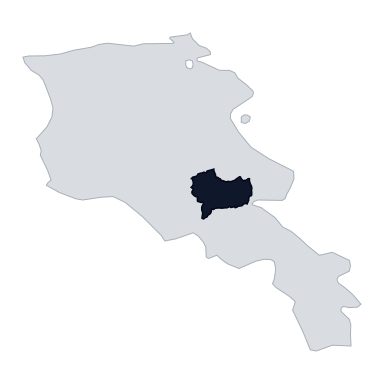 Martuni, Gegharkunik, Armenia shown in context
{"feature_id": "60910142B24861736009361", "entity_name": "Martuni", "entity_type": "district", "adm_level": 2, "iso_a3": "ARM", "parent_name": "Armenia", "parent_adm1": "Gegharkunik", "projection": "robinson", "projection_center": [45.353, 40.06], "detail": "fine", "context": "in_parent", "style": "filled", "palette": "ink", "viewbox_px": 384, "rotation_deg": 0, "n_neighbors": 0, "source": "geoboundaries", "source_scale": "gbopen_adm2", "svg_char_len": 5535}
<svg xmlns="http://www.w3.org/2000/svg" viewBox="0 0 384 384"><path d="M164.8,241.0L161.1,235.3L142.5,216.7L125.2,202.4L113.3,196.6L101.3,197.2L82.7,200.0L75.9,198.8L59.8,192.7L46.3,185.3L48.2,182.3L51.1,180.1L47.7,170.6L40.3,155.2L41.2,150.4L38.9,143.8L36.3,138.8L47.0,126.8L51.9,117.1L53.0,107.8L50.2,98.0L43.4,80.4L39.2,75.2L31.3,70.4L24.7,62.6L23.0,57.1L28.7,56.0L45.1,55.8L60.9,53.9L73.4,50.3L91.4,47.2L98.8,44.5L107.4,43.2L133.7,46.1L143.5,43.8L173.1,43.4L173.9,42.3L169.9,38.6L169.9,37.2L187.5,34.8L190.2,33.0L192.5,38.9L199.1,45.5L206.4,48.2L210.3,51.8L210.4,54.6L197.6,57.9L196.8,59.6L197.6,61.2L201.4,62.0L219.3,70.3L229.6,70.4L234.9,72.9L237.6,77.9L246.2,84.6L253.0,91.1L253.4,93.3L252.1,96.6L233.0,109.4L230.6,113.8L230.3,118.4L238.7,132.2L251.1,147.3L269.0,158.8L293.6,171.3L294.0,179.0L290.1,188.2L286.7,194.4L285.2,198.6L282.2,200.4L257.7,200.0L254.0,201.5L252.4,203.3L252.3,204.8L261.1,207.6L274.9,217.5L282.8,227.1L291.1,231.3L300.4,239.0L307.9,246.1L319.4,255.3L332.3,252.3L349.6,260.5L350.4,266.1L349.3,271.1L338.5,276.5L337.1,278.8L337.1,280.6L338.6,283.3L345.0,287.8L352.5,294.3L361.0,304.2L357.2,307.2L349.3,307.6L343.2,306.4L341.0,308.4L341.2,311.6L349.2,319.1L350.8,324.6L350.5,334.0L351.0,346.0L332.3,345.2L316.3,351.0L310.3,349.8L306.2,339.7L302.8,331.4L292.6,310.2L295.3,301.6L289.6,296.5L276.0,287.5L272.5,283.8L274.4,278.7L275.7,269.3L274.4,261.8L270.7,259.5L263.9,259.3L255.7,261.2L239.1,268.5L227.5,263.8L220.9,259.1L217.0,255.2L208.4,258.5L206.2,256.9L205.8,247.1L203.2,241.9L198.0,235.8L193.2,232.8L175.5,238.9L164.8,241.0ZM192.6,67.5L193.1,64.0L192.3,60.9L189.5,59.9L185.9,60.7L185.7,64.2L186.7,67.5L190.3,69.0L192.6,67.5ZM249.2,121.3L245.2,123.4L241.3,122.5L241.3,117.1L244.1,114.9L247.3,115.0L250.3,117.0L249.2,121.3Z" fill="#d9dde1" stroke="#a8b0b8" stroke-width="1"/><path d="M192.6,180.1L193.1,181.5L193.3,183.4L193.1,184.6L192.5,185.9L191.1,187.4L192.5,188.5L193.2,189.1L193.2,189.7L192.0,191.4L191.9,192.1L192.0,193.3L193.8,195.4L195.1,196.3L197.4,197.2L197.4,198.4L197.4,200.9L197.7,201.5L198.8,201.7L201.0,202.5L202.9,202.2L203.4,202.7L203.2,204.2L202.1,206.0L201.7,207.4L201.7,209.4L201.9,210.7L202.6,212.3L202.6,213.5L201.9,218.1L202.8,218.7L203.4,218.9L203.9,218.8L204.6,218.1L205.7,217.5L206.7,217.2L207.2,216.6L208.0,215.2L208.6,214.7L209.3,214.5L210.3,213.6L211.0,212.5L211.3,211.4L211.5,209.4L211.8,209.1L212.2,209.1L213.2,209.5L213.8,209.4L214.8,208.5L215.7,208.2L218.7,208.0L219.8,208.0L221.4,208.2L223.0,208.1L225.3,207.8L226.5,207.9L227.3,207.7L228.3,207.2L228.8,206.5L229.1,206.4L229.6,206.6L230.4,207.4L231.0,207.5L231.9,207.2L233.0,207.1L233.6,206.9L234.2,206.4L234.7,207.0L235.0,207.6L235.3,207.7L235.8,207.5L236.6,207.3L237.1,207.1L237.6,206.5L238.1,206.3L238.9,206.2L239.9,206.0L241.2,205.9L242.1,205.7L243.3,204.4L244.3,203.7L245.5,203.5L246.3,203.6L247.1,204.0L248.7,200.3L248.7,199.3L248.7,198.6L249.0,197.5L249.3,196.3L250.5,196.0L251.5,195.5L251.8,193.8L251.6,191.1L251.6,189.5L251.9,188.3L251.5,186.1L250.5,184.3L249.9,182.5L249.4,180.5L249.5,178.7L249.3,178.6L249.2,178.6L248.9,178.6L248.7,178.6L248.4,178.6L248.2,178.7L247.9,178.8L247.7,178.9L247.6,179.0L247.4,179.3L247.2,179.5L246.9,179.7L246.7,179.9L246.4,180.0L246.0,180.2L245.8,180.3L245.7,180.4L245.4,180.5L245.2,180.5L244.9,180.4L244.7,180.4L244.4,180.3L244.2,180.5L243.9,180.6L243.7,180.6L243.5,180.8L243.4,180.8L243.2,180.8L243.1,180.7L242.9,180.6L242.7,180.4L242.6,180.2L242.4,180.0L242.4,179.9L242.2,179.7L241.9,179.5L241.9,179.4L241.6,179.1L241.3,178.7L241.2,178.5L241.1,178.4L241.0,178.2L240.9,178.0L240.9,177.9L240.8,177.7L240.7,177.6L240.6,177.4L240.6,177.2L240.4,177.1L240.3,176.9L240.2,176.8L240.0,176.7L239.9,176.7L239.7,176.7L239.4,176.8L239.2,176.9L239.1,177.0L238.8,177.3L238.6,177.5L238.3,177.6L238.2,177.7L237.7,178.0L237.1,178.3L236.9,178.5L236.7,178.7L236.5,178.8L236.4,178.9L236.1,179.1L235.9,179.3L235.7,179.5L235.4,179.7L235.4,179.8L235.3,180.0L235.2,180.0L234.9,180.1L234.8,180.3L234.7,180.3L234.4,180.5L234.0,180.6L233.9,180.6L233.7,180.7L233.2,180.8L232.6,181.0L232.3,181.1L232.2,181.1L231.9,181.3L231.5,181.4L231.3,181.5L231.2,181.6L230.9,181.6L230.6,181.6L230.3,181.6L230.2,181.6L229.8,181.6L229.7,181.6L229.4,181.5L229.2,181.5L228.9,181.4L228.7,181.4L228.4,181.3L228.2,181.4L227.8,181.4L227.7,181.5L227.2,181.6L226.6,181.7L226.4,181.7L226.2,181.7L225.9,181.7L225.7,181.7L225.4,181.6L225.2,181.6L224.9,181.5L224.7,181.4L224.4,181.2L224.1,181.1L223.8,180.9L223.7,180.9L223.3,180.8L223.1,180.8L222.9,180.8L222.8,180.7L222.7,180.7L222.4,180.6L222.2,180.6L221.9,180.5L221.8,180.4L221.7,180.4L221.3,180.2L221.2,180.1L220.9,179.9L220.7,179.8L220.5,179.6L220.5,179.4L220.5,179.2L220.4,179.1L220.3,178.9L220.2,178.8L220.0,178.7L219.9,178.7L219.6,178.7L219.4,178.7L219.2,178.5L219.0,178.4L218.9,178.3L218.7,178.1L218.3,177.8L218.2,177.7L217.9,177.5L217.8,177.4L217.7,177.4L217.4,177.3L217.2,177.4L217.0,177.5L216.8,177.5L216.6,177.5L216.4,177.5L216.3,177.4L216.2,177.4L216.2,177.2L216.2,176.9L216.1,176.7L215.9,176.6L215.7,176.3L215.7,176.2L215.6,175.8L215.5,175.7L215.5,175.4L215.5,175.1L215.5,174.8L215.5,174.7L215.4,174.5L215.4,174.3L215.3,174.2L215.2,173.9L215.1,173.7L214.9,173.2L214.8,172.9L214.7,172.8L214.7,172.7L214.5,172.3L214.4,172.1L214.4,171.9L214.2,171.6L214.1,171.3L214.0,171.0L214.0,170.8L213.9,170.7L213.9,170.4L213.9,170.1L213.9,169.8L213.8,169.3L213.8,169.1L210.9,170.0L207.1,171.0L206.2,173.1L204.0,172.1L202.6,172.8L200.0,173.3L197.9,174.1L197.1,175.7L195.8,176.4L192.6,177.2L191.4,178.6L192.3,178.8L192.6,180.1Z" fill="#0f172a" stroke="#020617" stroke-width="1.5"/></svg>